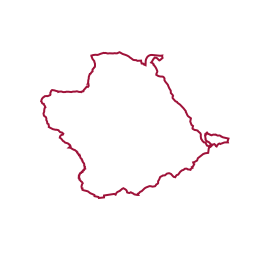 the district of Cosbuc, Bistrita-Nasaud, Romania, rotated 43°
{"feature_id": "2599482B13321846656416", "entity_name": "Cosbuc", "entity_type": "district", "adm_level": 2, "iso_a3": "ROU", "parent_name": "Romania", "parent_adm1": "Bistrita-Nasaud", "projection": "robinson", "projection_center": [24.4, 47.372], "detail": "fine", "context": "isolated", "style": "outline", "palette": "rose", "viewbox_px": 256, "rotation_deg": 43, "n_neighbors": 0, "source": "geoboundaries", "source_scale": "gbopen_adm2", "svg_char_len": 5739}
<svg xmlns="http://www.w3.org/2000/svg" viewBox="0 0 256 256"><g transform="rotate(43 128 128)"><path d="M181.1,170.0L180.4,169.8L180.1,169.5L180.1,169.1L180.5,168.2L180.4,167.1L180.5,166.2L181.1,164.9L181.3,161.0L181.4,160.4L181.8,159.1L183.2,156.2L183.6,155.6L184.6,154.9L185.9,154.2L186.8,153.1L187.5,152.1L187.4,150.8L187.2,150.0L187.5,149.2L187.7,148.1L187.5,147.6L186.5,146.6L186.2,146.0L186.0,144.6L185.0,142.1L185.0,141.7L185.2,141.0L185.5,140.5L185.8,139.1L187.3,137.4L187.6,134.8L188.5,133.5L189.1,132.9L190.8,132.3L194.1,132.6L194.9,132.5L195.2,132.2L196.1,131.8L196.0,131.3L195.7,129.7L195.8,129.1L196.5,127.8L196.1,124.8L196.1,123.9L196.4,122.1L197.1,120.9L197.4,119.0L198.4,117.9L199.0,117.6L200.0,117.5L201.1,116.6L202.2,116.0L202.0,115.6L201.9,115.3L202.1,114.1L202.1,113.7L202.3,113.2L201.4,113.0L201.7,112.1L201.6,111.2L201.1,109.3L200.6,109.4L199.1,108.7L199.8,107.6L200.7,104.6L199.7,102.5L200.8,95.5L201.5,94.4L201.5,94.1L203.6,91.5L201.0,87.9L200.8,86.6L201.2,85.6L201.2,84.8L201.3,84.1L201.2,82.4L201.6,81.7L202.0,81.5L202.1,80.9L203.3,80.8L204.7,81.3L205.4,81.1L205.2,80.4L205.0,78.6L205.1,77.8L205.5,77.0L206.5,76.7L206.7,76.0L207.2,75.2L208.1,73.3L208.8,72.3L210.9,70.4L209.9,69.8L208.7,67.2L203.9,70.0L203.2,70.3L202.8,70.3L202.1,70.7L201.2,70.6L200.1,71.0L198.6,72.5L196.6,73.0L196.4,73.5L195.3,74.2L194.3,75.6L194.2,76.2L193.6,76.6L192.5,77.0L192.1,76.9L190.5,77.8L190.1,77.8L189.4,77.4L188.9,77.4L188.8,78.1L188.8,78.4L188.9,78.8L189.4,79.5L188.8,79.8L189.6,81.1L189.9,81.2L191.6,82.6L192.0,82.8L192.1,83.1L192.7,83.7L194.0,83.7L195.0,84.0L195.3,83.9L195.6,83.6L196.7,83.2L199.8,83.3L199.9,84.8L200.5,86.6L198.6,86.5L197.7,87.0L194.4,85.8L193.4,86.7L191.7,86.7L190.6,86.5L189.7,86.1L188.9,86.1L187.0,84.6L185.6,83.0L184.5,82.5L181.6,82.6L180.7,82.4L179.5,83.0L178.0,84.0L175.9,84.5L175.3,84.2L174.2,82.2L172.3,82.4L169.1,80.8L167.4,78.0L163.8,78.4L163.3,78.3L162.3,78.0L160.5,77.2L159.4,76.9L158.9,76.3L155.2,75.7L150.2,75.4L147.0,75.8L146.0,75.5L144.5,76.1L140.3,75.7L139.4,74.9L139.1,73.8L138.1,73.4L135.5,73.2L133.7,71.5L131.1,70.8L128.8,69.8L127.6,69.2L123.9,68.7L122.1,68.2L120.8,66.8L119.3,66.5L118.4,66.7L116.5,68.3L114.8,69.3L112.4,69.8L111.7,68.8L111.1,66.9L110.6,66.4L108.5,65.4L107.1,64.9L105.3,64.5L103.5,64.4L103.3,63.9L101.6,63.8L100.3,64.3L100.1,62.4L99.9,61.8L99.6,60.2L99.5,58.4L101.1,57.2L104.8,57.2L105.1,56.6L105.5,53.2L103.8,52.1L103.6,51.7L102.3,53.2L95.6,58.3L94.6,59.4L93.9,61.0L93.7,62.3L93.7,62.9L94.0,64.3L94.4,65.6L95.3,67.0L98.0,70.1L96.0,70.8L95.5,70.4L94.5,71.0L94.0,71.5L92.1,70.3L91.6,69.8L91.4,70.0L89.0,72.5L87.7,72.8L86.2,74.1L85.3,74.6L82.5,74.9L81.3,75.1L80.1,75.1L78.3,75.5L76.4,76.2L73.6,77.5L70.6,78.2L70.1,78.4L69.1,80.8L68.3,81.6L67.2,82.4L66.2,83.7L63.7,85.8L62.4,87.3L60.4,88.4L59.6,89.3L59.0,89.6L57.3,92.5L56.5,94.3L55.9,95.3L54.1,96.8L52.7,98.5L52.4,99.2L51.8,100.0L52.2,100.4L52.7,100.5L53.3,100.9L55.0,101.7L57.8,102.1L58.3,102.6L60.0,103.5L61.7,105.3L62.1,106.0L61.9,107.1L62.2,107.6L62.1,109.0L62.4,109.4L62.4,109.8L63.5,110.8L63.3,112.3L63.6,113.7L63.5,114.2L63.2,114.5L64.5,117.4L65.7,118.8L66.4,120.2L67.2,121.1L68.5,122.9L68.5,123.0L68.9,122.7L70.5,124.0L70.7,125.3L69.6,125.8L69.7,127.2L69.8,130.4L69.9,131.0L70.3,131.5L69.7,132.3L69.8,132.4L69.5,132.8L69.3,133.7L68.8,133.8L68.4,134.3L67.6,135.0L65.6,136.0L64.4,137.6L63.7,138.2L62.9,139.0L62.0,140.4L59.7,142.1L58.5,143.2L58.1,143.6L57.6,144.5L56.5,145.6L56.0,146.0L54.5,146.7L53.2,147.9L52.4,149.2L52.0,148.9L51.2,149.3L50.6,149.7L48.5,150.7L46.6,152.0L46.5,153.2L47.0,154.5L47.2,155.2L48.5,156.5L48.6,157.1L47.5,159.5L46.6,160.2L45.4,161.6L45.3,162.9L45.1,163.4L45.1,164.6L45.2,165.3L45.6,166.4L46.3,167.7L46.7,167.6L46.9,167.7L48.0,168.3L48.5,168.4L49.3,168.2L49.9,167.8L50.4,168.3L50.9,168.3L52.4,168.7L53.5,169.2L53.4,170.0L53.8,171.0L54.2,171.5L54.8,172.4L55.5,173.1L56.3,175.0L58.1,176.3L60.7,176.1L61.9,176.8L62.8,177.9L64.3,178.4L65.9,179.7L67.3,179.4L68.2,180.1L69.1,180.8L69.4,181.3L73.8,180.1L76.2,178.7L76.9,178.0L78.7,177.0L79.3,177.2L81.2,177.3L82.9,176.3L84.6,176.3L84.9,177.3L84.8,177.5L84.3,178.0L84.1,178.3L83.9,179.7L84.2,180.8L84.7,181.6L85.3,181.4L87.0,181.4L89.2,181.8L90.6,181.5L91.8,181.6L92.1,181.5L94.4,180.3L96.9,180.0L97.5,180.2L97.4,180.3L97.6,180.3L98.4,180.7L98.2,182.6L99.7,181.4L100.1,181.6L101.6,181.3L103.2,180.9L103.9,180.4L105.5,180.3L106.3,180.1L107.0,180.5L107.5,180.2L107.8,180.3L108.1,180.8L108.5,180.9L109.1,180.9L109.6,181.0L110.3,180.7L110.4,181.2L110.8,181.5L111.7,181.0L113.4,182.2L115.5,182.3L115.7,182.6L115.8,182.8L116.6,182.8L117.4,183.2L117.5,183.5L119.4,183.9L120.0,183.9L121.0,184.6L121.6,185.4L122.0,185.6L122.8,185.6L123.0,185.9L122.9,186.2L123.1,186.4L124.0,186.6L124.4,186.9L124.1,187.4L124.0,187.8L124.4,188.2L124.5,188.7L124.1,189.1L124.1,189.3L124.4,189.6L124.3,189.8L124.1,190.0L124.3,190.5L124.5,190.7L124.8,191.2L124.6,191.6L124.0,191.8L124.4,192.8L124.1,193.1L123.8,193.6L124.0,194.5L124.3,194.7L124.3,195.4L124.6,195.5L124.8,195.9L124.6,196.3L125.4,196.9L125.3,197.2L125.3,197.3L125.7,197.7L125.9,198.0L126.4,197.7L126.6,197.8L126.5,198.1L126.7,198.3L127.4,198.3L127.7,198.9L129.0,198.8L129.7,199.1L131.3,198.9L132.4,199.2L132.6,199.3L132.7,200.2L133.0,201.0L133.3,201.3L133.6,202.1L134.0,202.6L135.4,203.6L135.6,203.6L135.9,203.4L136.0,203.7L136.9,204.3L138.4,203.6L140.3,202.5L141.9,201.7L145.0,201.4L146.5,200.8L149.1,199.9L150.0,200.7L153.4,198.6L154.4,199.1L157.8,195.1L156.5,193.7L162.9,185.6L164.4,185.2L164.0,184.0L163.8,182.9L164.0,181.8L165.0,179.3L164.9,178.5L165.1,178.0L165.2,176.6L165.7,175.2L167.7,174.7L169.1,174.6L169.9,174.8L171.3,175.7L172.4,175.2L173.1,174.7L173.5,174.4L173.8,173.2L174.2,173.0L175.8,172.6L176.1,172.4L177.9,172.2L180.2,170.8L181.1,170.0Z" fill="none" stroke="#9f1239" stroke-width="2"/></g></svg>